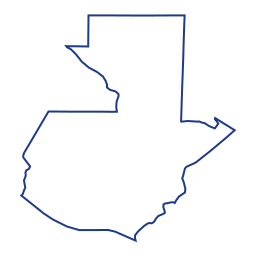 Guatemala, orthographic projection
{"feature_id": "GTM", "entity_name": "Guatemala", "entity_type": "country or territory", "adm_level": 0, "iso_a3": "GTM", "parent_name": "North America", "parent_adm1": "", "projection": "orthographic", "projection_center": [-90.227, 15.776], "detail": "fine", "context": "isolated", "style": "outline", "palette": "blue", "viewbox_px": 256, "rotation_deg": 0, "n_neighbors": 0, "source": "natural_earth", "source_scale": "50m", "svg_char_len": 1439}
<svg xmlns="http://www.w3.org/2000/svg" viewBox="0 0 256 256"><path d="M21.3,195.5L22.7,194.1L23.9,190.8L25.3,187.5L24.5,183.6L24.0,180.4L25.7,175.9L25.5,172.4L26.3,170.3L28.8,169.0L30.1,166.4L23.2,157.3L23.3,155.2L24.2,152.7L29.9,143.1L36.6,131.7L44.0,119.1L48.5,111.5L64.5,111.6L75.1,111.7L88.6,111.7L103.3,111.7L112.9,111.8L116.9,111.7L116.2,106.7L116.7,101.3L118.5,96.3L118.5,94.1L115.6,91.4L110.1,89.9L107.0,87.5L107.0,84.5L105.6,80.8L103.0,76.6L97.4,72.2L89.0,67.7L81.8,61.7L75.9,54.2L70.9,49.3L67.1,47.3L66.2,46.2L77.5,46.3L88.2,46.5L88.3,35.7L88.4,26.2L88.5,15.4L107.8,15.4L130.8,15.5L154.7,15.5L173.5,15.4L184.6,15.4L184.1,28.8L183.6,44.3L183.3,55.7L182.8,70.9L182.2,86.5L181.5,107.7L181.1,121.4L181.3,121.7L187.7,121.0L197.0,121.6L199.3,121.5L202.2,122.7L204.4,123.0L209.2,126.1L214.8,128.4L218.3,123.6L216.4,120.8L215.0,119.4L215.2,118.1L234.7,130.2L232.5,132.1L227.6,136.5L218.7,144.0L210.7,150.7L203.0,156.8L196.0,162.3L195.2,162.8L186.4,166.8L184.9,168.6L183.0,176.3L182.2,178.2L183.8,182.4L185.4,189.0L184.9,192.5L178.8,196.7L176.0,200.6L174.8,203.0L173.7,202.4L171.8,202.2L167.4,203.2L165.3,203.4L163.5,204.5L163.3,206.9L164.5,210.7L164.9,212.7L163.7,213.7L158.3,216.0L156.2,218.3L154.1,221.8L151.8,223.3L149.3,223.0L147.5,223.6L143.8,226.2L138.1,231.4L135.1,235.2L135.0,238.1L135.6,240.6L115.0,231.6L108.2,230.0L79.3,230.1L66.9,226.5L52.9,219.5L43.4,213.2L21.3,195.5Z" fill="none" stroke="#1e3a8a" stroke-width="2"/></svg>